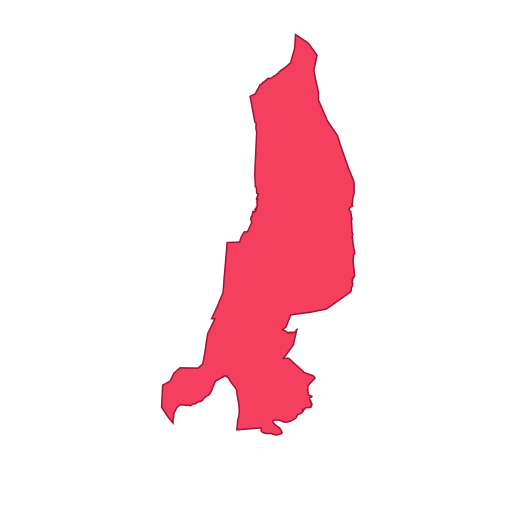 Nord-Fron nor, Oppland, Norway, rotated 326°
{"feature_id": "86288312B59851098510460", "entity_name": "Nord-Fron nor", "entity_type": "district", "adm_level": 2, "iso_a3": "NOR", "parent_name": "Norway", "parent_adm1": "Oppland", "projection": "mercator", "projection_center": [9.499, 61.604], "detail": "fine", "context": "isolated", "style": "filled", "palette": "rose", "viewbox_px": 512, "rotation_deg": 326, "n_neighbors": 0, "source": "geoboundaries", "source_scale": "gbopen_adm2", "svg_char_len": 5955}
<svg xmlns="http://www.w3.org/2000/svg" viewBox="0 0 512 512"><g transform="rotate(326 256 256)"><path d="M142.9,389.4L164.0,401.3L163.0,402.8L162.7,403.6L162.6,404.1L162.5,404.6L162.7,405.5L163.7,407.2L164.4,408.0L165.6,409.2L166.7,410.0L168.8,411.2L169.7,412.2L171.6,414.7L172.0,415.1L173.5,416.1L175.2,416.8L176.8,417.2L178.0,417.4L178.7,417.2L179.0,416.7L179.4,413.9L179.4,412.3L179.3,411.6L179.0,410.5L178.3,409.0L177.6,406.8L177.3,405.6L177.1,404.5L177.2,403.2L177.3,402.6L177.6,402.3L178.1,402.1L178.4,402.1L179.6,402.6L181.4,403.5L183.4,405.0L184.7,406.6L185.6,408.3L186.1,409.0L187.3,410.1L189.4,411.3L192.3,412.2L196.8,412.6L198.8,412.5L199.4,412.4L200.0,411.9L200.0,411.7L200.7,411.2L201.3,411.0L202.3,410.9L204.9,411.6L205.8,411.6L207.1,411.4L207.9,411.1L208.3,411.1L208.4,410.9L208.2,410.5L208.3,410.0L208.4,409.5L208.5,409.2L208.8,409.2L209.3,409.4L209.5,410.1L209.8,410.3L210.5,410.3L211.8,409.6L212.4,409.6L212.6,409.7L213.0,410.1L213.5,410.4L215.7,411.6L216.8,412.0L217.4,411.9L218.0,411.4L218.4,411.0L219.1,410.6L219.4,410.1L219.5,410.0L219.8,409.6L219.7,409.4L219.3,408.7L219.2,408.4L219.5,408.0L219.9,407.7L220.1,407.7L220.2,407.3L219.9,406.8L219.9,406.6L220.3,406.5L220.4,406.3L220.2,404.9L220.2,404.3L220.3,404.2L220.9,403.8L221.9,403.5L222.4,403.8L222.9,403.7L223.2,404.0L223.7,403.9L223.8,403.8L223.9,403.6L223.6,403.3L223.5,403.0L223.0,402.6L222.6,401.8L222.6,401.5L222.1,400.5L222.0,400.0L222.1,399.6L222.6,399.0L223.0,397.7L223.4,397.2L223.5,396.6L223.7,396.3L224.4,395.9L224.6,395.5L224.7,395.0L225.6,393.8L226.2,393.2L226.3,393.0L226.3,392.6L236.4,390.3L236.8,389.1L236.3,387.0L231.0,380.0L229.1,372.1L227.9,367.5L226.1,359.5L225.1,358.5L224.6,358.2L221.5,356.2L237.2,350.6L248.6,339.9L248.9,339.9L249.0,339.7L248.7,339.6L247.8,339.9L247.2,340.6L246.5,341.2L246.4,341.2L246.1,340.8L244.7,340.5L244.5,340.2L244.4,340.0L243.9,339.8L243.7,339.8L243.4,340.1L242.7,340.0L242.2,339.6L242.4,339.3L242.4,338.9L241.9,338.6L241.6,338.1L241.3,337.9L240.8,337.8L240.6,337.8L240.2,338.3L239.8,338.2L239.5,337.8L239.4,337.5L239.5,337.3L238.5,335.1L238.5,334.6L237.4,333.4L237.0,332.5L236.7,332.1L241.5,331.5L251.8,324.2L269.8,333.1L284.6,339.3L314.2,338.7L314.8,338.5L315.0,338.4L315.2,338.1L315.5,338.0L315.7,337.8L315.9,337.4L316.1,337.2L316.2,336.9L316.7,336.6L316.9,336.0L317.2,335.9L317.8,335.4L319.3,334.7L319.5,334.3L319.7,334.2L320.4,333.3L320.8,333.1L321.0,331.2L321.8,331.0L322.0,330.6L322.0,330.4L322.3,330.3L322.8,329.3L323.0,329.4L323.2,328.9L323.5,329.0L323.8,328.9L324.0,328.9L324.5,328.4L325.0,328.5L325.3,328.0L326.6,327.9L333.5,314.7L337.5,309.6L338.7,309.5L339.4,309.1L342.7,301.5L343.0,300.5L346.9,293.4L348.1,292.6L348.7,291.6L348.8,291.0L348.7,290.5L352.8,283.5L353.2,283.2L353.4,282.9L353.3,282.7L354.9,279.8L355.3,279.8L355.5,279.6L355.4,279.2L355.5,279.1L356.1,279.3L356.2,279.2L356.3,278.0L357.0,277.5L357.2,277.1L357.1,276.7L357.2,276.4L357.4,275.6L357.7,275.6L358.3,274.7L358.9,272.2L359.1,272.2L358.9,271.9L359.4,269.1L360.0,268.7L360.7,268.5L363.0,268.4L364.3,268.5L364.4,267.1L364.7,267.0L364.8,266.5L365.8,265.8L366.7,264.8L367.1,263.9L368.2,262.9L368.6,262.3L369.4,261.4L372.4,258.9L376.4,253.0L377.6,251.4L379.1,247.9L381.6,235.9L385.7,220.0L386.6,216.8L387.7,212.4L390.9,201.6L390.8,198.2L390.8,183.2L391.0,182.7L395.0,161.6L399.2,155.6L405.1,140.6L408.0,134.1L418.9,123.7L418.4,108.7L412.6,94.6L411.1,96.5L405.1,104.3L403.8,105.8L392.7,115.1L384.9,116.2L384.7,116.1L384.5,116.3L384.0,116.2L383.9,116.0L383.5,115.9L383.3,115.9L382.7,116.2L381.3,116.0L381.0,116.1L380.7,115.9L380.4,115.9L379.2,116.4L378.3,116.2L377.2,116.9L375.9,116.8L375.5,116.9L374.7,116.7L374.5,116.8L373.9,117.3L373.7,117.2L372.5,117.1L371.1,116.8L370.7,117.0L369.4,116.9L368.4,117.0L367.6,117.0L366.7,116.7L366.0,116.2L366.0,115.7L365.5,115.6L364.2,115.6L363.8,115.7L363.2,115.5L362.8,115.8L362.7,116.1L362.3,115.9L361.6,115.9L361.3,116.1L361.1,116.0L360.8,116.2L360.2,116.1L359.8,116.3L359.0,115.9L358.0,116.3L357.1,116.5L354.8,116.3L354.7,116.5L354.6,116.8L354.2,117.0L353.6,117.3L353.4,117.3L353.1,117.6L352.7,117.6L351.9,118.3L351.6,118.5L350.3,118.8L349.6,119.4L348.9,119.5L348.6,119.8L347.4,120.4L346.4,121.1L346.0,121.0L345.9,121.2L340.4,120.3L329.9,144.4L330.4,146.0L327.4,149.9L325.8,153.7L300.6,187.6L294.1,198.4L294.6,198.9L294.7,199.2L291.7,204.3L292.5,205.9L288.6,208.7L289.2,209.4L289.1,209.9L288.9,210.1L288.7,210.2L287.9,209.4L287.7,209.0L288.7,210.6L287.0,211.4L287.1,211.7L285.6,214.1L285.8,214.3L284.7,215.3L284.6,215.5L284.2,215.7L283.9,215.5L283.6,216.1L282.5,216.7L282.1,216.4L281.0,216.9L281.5,217.4L282.1,217.8L281.8,218.2L279.9,218.9L279.6,218.4L279.1,217.9L279.0,218.0L278.4,217.4L275.2,220.4L275.3,220.5L274.7,221.2L274.0,220.8L272.2,222.5L271.3,225.8L262.5,231.1L259.6,229.4L253.9,232.3L250.2,235.3L239.6,228.7L219.6,253.6L219.4,254.3L219.0,254.2L211.9,263.3L208.4,267.6L206.4,269.2L200.6,272.8L196.4,275.8L184.1,283.2L186.8,285.1L172.5,293.4L167.9,298.4L166.8,299.4L165.4,301.1L158.7,308.4L151.5,315.7L145.2,316.5L130.6,306.3L122.6,307.2L114.7,311.7L106.4,310.9L93.1,328.6L93.1,340.6L93.8,348.1L95.3,345.8L95.9,345.1L96.5,344.4L97.5,343.7L98.7,342.4L99.2,341.3L99.4,340.8L105.4,337.6L108.2,337.0L109.7,337.1L111.7,338.2L114.6,340.8L115.8,341.3L117.7,343.3L118.7,343.5L120.5,343.5L121.3,343.7L123.2,344.5L126.8,344.7L128.5,345.4L130.0,345.7L130.6,345.8L132.7,344.9L134.5,344.6L135.8,344.5L137.5,344.8L139.3,344.8L140.8,344.4L144.0,342.7L146.1,341.1L150.4,338.4L152.3,337.2L160.8,337.7L160.8,337.9L161.0,337.9L161.3,337.7L161.4,337.9L161.6,338.0L161.9,337.9L162.0,337.8L162.5,337.7L163.2,338.0L163.4,338.1L163.5,338.3L163.8,338.5L163.8,338.9L164.0,339.4L164.3,339.2L164.5,339.3L164.2,339.5L164.5,339.9L164.5,340.3L164.9,340.8L165.0,341.2L165.0,341.8L164.7,342.8L164.7,344.9L164.8,349.3L165.2,354.5L164.9,356.2L164.7,356.8L163.7,358.7L163.3,359.2L160.0,366.8L158.8,369.4L156.0,374.3L155.0,375.8L153.4,377.8L152.2,379.1L148.9,382.0L142.9,389.4Z" fill="#f43f5e" stroke="#9f1239" stroke-width="1.5"/></g></svg>